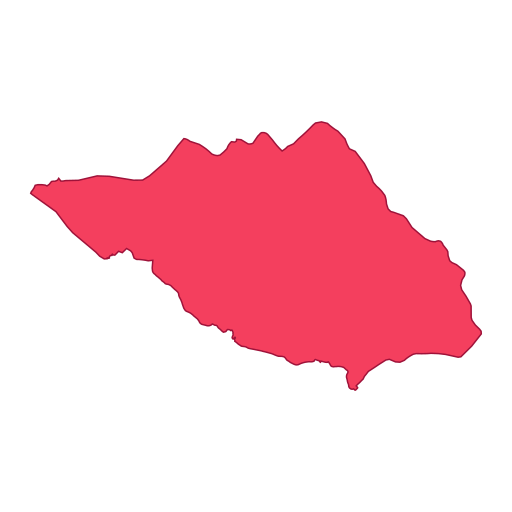 Ciudanovita, Caras-Severin, Romania
{"feature_id": "2599482B63331556118076", "entity_name": "Ciudanovita", "entity_type": "district", "adm_level": 2, "iso_a3": "ROU", "parent_name": "Romania", "parent_adm1": "Caras-Severin", "projection": "orthographic", "projection_center": [21.762, 45.134], "detail": "fine", "context": "isolated", "style": "filled", "palette": "rose", "viewbox_px": 512, "rotation_deg": 0, "n_neighbors": 0, "source": "geoboundaries", "source_scale": "gbopen_adm2", "svg_char_len": 6058}
<svg xmlns="http://www.w3.org/2000/svg" viewBox="0 0 512 512"><path d="M385.9,360.0L389.4,359.3L395.5,361.9L400.0,362.2L404.4,360.3L406.4,358.5L408.6,356.9L410.9,355.5L413.3,354.2L416.2,353.6L421.6,353.7L427.0,353.6L431.1,353.3L438.6,353.6L445.4,354.4L458.1,357.2L460.9,356.8L471.7,346.1L481.3,333.9L481.1,331.2L479.5,329.1L475.3,325.0L472.0,320.3L471.2,317.5L471.1,306.0L470.4,303.9L466.0,296.2L461.7,289.8L460.6,285.4L462.0,279.8L464.2,276.3L464.6,275.4L464.8,274.5L464.9,273.6L464.9,272.6L464.8,272.1L463.5,270.3L456.5,264.7L451.9,262.6L449.7,260.7L448.1,255.7L447.8,251.7L446.9,249.9L443.1,245.1L442.7,244.0L442.1,243.0L441.4,242.1L440.6,241.3L438.6,240.8L437.8,240.9L437.0,241.1L436.2,241.3L435.4,241.7L433.0,241.6L430.6,241.2L424.9,238.6L412.0,227.5L406.4,218.8L403.4,215.8L393.6,212.3L390.7,211.5L388.1,208.9L386.5,204.0L386.3,201.8L386.0,199.6L385.5,197.5L384.8,195.4L382.2,191.9L381.3,190.8L379.0,188.4L376.5,186.2L373.2,182.3L370.8,175.8L364.3,163.5L355.2,151.4L349.4,148.8L347.9,146.0L346.8,143.7L345.9,141.3L345.0,138.9L337.9,131.2L335.1,129.5L332.5,127.6L329.9,125.6L327.5,123.4L321.5,121.9L315.5,123.0L313.2,124.9L309.7,128.5L306.1,132.0L302.3,135.5L298.5,138.8L293.6,143.8L287.6,146.5L286.4,147.8L285.0,149.0L283.6,150.0L282.1,151.0L279.4,148.3L276.8,145.5L274.6,142.8L272.4,139.9L267.7,134.4L266.9,133.8L266.0,133.2L265.0,132.9L264.0,132.6L262.6,132.6L261.9,132.6L261.1,132.9L260.3,133.4L259.8,134.1L257.8,136.1L252.9,143.3L251.6,143.7L250.7,143.9L249.8,144.0L248.8,144.0L247.9,143.8L241.1,139.7L236.6,139.3L236.4,141.1L234.7,142.1L231.5,141.7L230.7,142.4L230.0,143.2L229.3,144.1L228.7,144.9L228.2,145.8L227.7,146.8L227.3,147.8L226.9,148.8L223.7,152.0L220.0,155.1L217.4,155.6L215.9,155.4L214.5,155.1L213.2,154.6L211.8,154.0L208.9,151.3L205.9,148.8L202.6,146.5L199.3,144.4L189.9,141.3L188.6,140.3L187.1,139.5L185.5,138.9L183.9,138.6L177.8,145.7L166.5,161.1L149.6,175.8L142.6,180.1L133.6,180.2L109.3,176.3L97.1,175.9L78.5,180.3L65.5,180.6L62.9,181.1L60.9,181.1L58.7,178.3L57.5,180.2L55.1,181.2L53.3,181.2L51.5,181.5L49.2,184.4L47.0,185.9L45.2,185.1L42.0,184.7L37.8,184.7L35.2,185.3L34.2,187.6L32.6,190.2L31.4,191.6L30.7,193.3L32.4,194.7L56.0,211.7L67.1,226.4L72.7,232.7L95.8,252.1L99.7,256.2L104.2,258.9L107.2,258.7L107.3,257.9L108.6,258.3L109.1,258.2L109.4,257.9L109.1,257.3L109.5,256.6L110.3,255.6L111.9,255.4L111.9,254.7L112.3,254.2L112.7,254.5L113.0,254.9L114.4,255.1L115.0,255.0L118.6,251.3L122.3,252.7L126.6,248.5L130.6,250.8L132.2,252.7L134.1,258.1L136.5,259.4L139.5,259.5L142.4,259.8L145.3,260.2L148.2,260.8L152.8,260.3L152.2,268.0L152.5,271.0L153.0,272.3L154.0,273.6L154.6,274.0L155.3,274.6L156.1,275.5L156.8,276.1L158.5,277.4L159.0,277.9L160.9,279.5L161.7,280.6L162.6,281.3L163.7,282.1L164.4,282.7L165.3,283.7L166.5,284.1L168.4,284.4L170.3,285.3L171.3,286.0L171.7,286.5L172.7,287.5L173.7,288.4L174.5,289.2L175.2,289.8L175.9,290.3L176.5,290.9L177.5,291.8L178.3,292.9L178.6,293.8L178.8,295.3L179.2,296.6L179.5,297.3L180.7,299.5L181.2,300.7L182.0,302.7L182.2,303.6L183.7,307.9L184.1,308.7L185.4,310.6L186.5,311.3L188.7,312.2L190.3,313.0L191.0,313.5L192.7,314.8L193.5,315.7L197.4,318.9L198.0,319.7L199.0,321.1L199.4,322.0L199.7,322.5L200.2,323.2L200.8,323.7L201.8,324.3L202.5,324.5L205.7,325.3L207.0,325.7L207.8,325.8L208.3,325.8L209.3,325.7L210.0,325.5L210.7,325.2L211.5,324.8L211.9,324.3L212.2,324.1L212.4,324.0L213.1,324.3L214.3,325.0L214.8,325.2L216.4,325.4L216.8,325.7L217.2,326.0L217.6,326.8L218.5,328.0L219.8,329.0L221.1,330.2L221.6,330.8L222.4,331.4L223.4,332.2L224.0,332.0L224.4,332.0L224.8,331.9L225.3,331.7L225.7,331.6L226.0,331.3L226.3,331.0L226.6,330.3L226.9,330.1L227.3,329.9L227.7,329.5L229.5,329.7L229.8,329.8L230.2,330.1L230.4,330.2L230.5,330.5L230.9,330.6L231.1,330.5L231.4,330.2L231.7,330.1L232.1,330.2L232.3,330.5L233.0,332.4L233.1,332.8L232.9,333.2L233.1,334.1L233.0,335.4L232.6,336.0L232.3,336.9L232.1,337.8L232.8,338.9L233.0,339.0L233.4,338.8L234.4,337.6L234.8,337.3L235.1,337.3L235.3,337.6L235.3,337.9L235.3,338.1L234.8,338.4L234.5,339.0L234.4,339.4L234.7,339.9L234.9,340.3L234.9,340.7L234.8,341.3L235.3,341.6L236.1,342.2L237.4,343.3L237.8,343.7L238.4,344.2L239.5,344.9L241.1,345.9L241.1,346.0L241.6,346.2L242.1,346.3L243.7,346.5L244.6,346.6L245.5,346.8L246.1,347.0L246.7,347.3L248.1,348.1L248.7,348.3L250.3,348.7L253.1,349.2L255.1,349.6L261.5,350.9L263.1,351.4L265.0,351.8L268.0,352.6L271.6,353.6L273.2,354.2L274.5,354.8L275.3,355.1L276.5,355.6L278.3,356.2L280.1,356.3L281.1,356.3L282.2,356.4L283.0,356.6L283.9,356.8L284.2,357.0L284.5,357.2L285.1,357.7L286.5,359.6L287.0,360.2L287.3,360.4L288.9,361.3L290.3,362.4L291.7,363.1L293.9,364.2L295.0,364.6L295.7,364.8L296.6,364.9L297.2,364.8L297.9,364.8L299.5,364.1L300.4,363.7L301.3,363.3L303.6,362.6L305.2,362.2L308.1,361.8L309.4,361.7L310.0,361.8L311.7,361.8L312.3,361.7L313.1,361.5L314.0,361.2L314.3,360.7L314.5,360.4L314.8,359.8L315.1,359.6L315.5,359.5L317.4,360.3L319.1,360.7L319.6,361.5L319.8,361.8L320.5,362.2L320.6,361.9L320.8,361.7L321.0,361.5L321.0,361.1L323.6,361.8L325.3,362.2L326.1,362.3L327.3,362.3L327.5,362.3L328.0,361.9L328.4,361.9L328.8,362.4L329.8,363.9L330.1,364.4L330.3,364.9L330.8,365.7L331.3,366.2L331.7,366.4L332.0,366.5L333.3,366.8L333.7,366.8L334.8,366.6L336.1,366.6L337.8,366.4L338.8,366.4L341.0,366.6L342.2,366.9L342.7,367.1L343.5,367.3L344.1,367.7L346.4,369.9L346.7,370.1L347.3,370.4L347.5,370.7L347.9,371.4L348.0,371.9L347.9,372.3L347.8,372.8L347.4,373.5L346.9,374.4L346.6,375.5L346.5,376.2L346.5,377.3L346.6,377.6L347.2,379.9L347.5,381.6L347.6,382.0L347.9,383.0L348.2,383.7L348.4,384.2L348.6,384.9L348.7,386.0L348.8,386.5L349.0,387.1L349.3,387.6L349.5,387.9L349.8,388.2L350.6,388.7L350.9,389.0L351.2,389.1L352.4,389.2L353.3,389.0L353.6,388.9L354.7,389.9L355.0,390.1L355.4,390.1L355.6,390.0L356.1,389.6L357.3,388.3L357.7,387.8L357.7,387.7L357.4,387.3L356.8,386.5L356.2,385.9L356.6,385.4L357.3,384.7L357.8,384.2L359.7,382.5L361.8,380.3L362.7,379.5L363.1,379.1L364.3,376.6L365.0,375.6L365.8,374.7L367.8,372.1L368.1,371.7L369.3,370.7L369.6,370.6L374.8,367.2L378.8,364.5L385.9,360.0Z" fill="#f43f5e" stroke="#9f1239" stroke-width="1.5"/></svg>